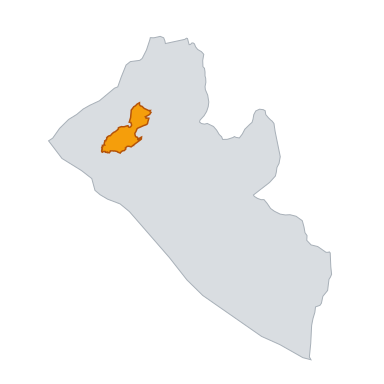 Bopolu, Gbapolu, Liberia shown in context, rotated 7°
{"feature_id": "62588387B82153656109433", "entity_name": "Bopolu", "entity_type": "district", "adm_level": 2, "iso_a3": "LBR", "parent_name": "Liberia", "parent_adm1": "Gbapolu", "projection": "orthographic", "projection_center": [-10.518, 7.211], "detail": "fine", "context": "in_parent", "style": "filled", "palette": "amber", "viewbox_px": 384, "rotation_deg": 7, "n_neighbors": 0, "source": "geoboundaries", "source_scale": "gbopen_adm2", "svg_char_len": 4470}
<svg xmlns="http://www.w3.org/2000/svg" viewBox="0 0 384 384"><g transform="rotate(7 192 192)"><path d="M43.4,158.7L47.2,155.5L52.8,145.0L60.7,135.0L68.1,129.1L73.9,122.9L80.1,118.3L88.9,112.8L102.4,98.4L105.5,96.7L107.7,86.7L111.1,74.0L114.9,70.1L124.1,67.7L126.3,65.5L129.5,56.6L131.6,46.1L131.8,43.9L135.4,43.6L141.5,41.4L145.1,42.4L146.7,45.4L147.5,47.9L166.2,41.4L167.8,40.0L168.8,40.2L171.2,46.1L172.5,45.7L173.7,44.1L174.9,43.9L176.4,44.7L177.8,47.4L180.2,49.8L184.3,51.6L186.9,53.9L186.6,60.2L187.6,66.3L189.3,67.7L190.3,71.3L190.8,75.3L191.7,77.4L192.4,81.4L192.1,85.8L192.8,88.8L195.8,94.0L197.7,100.6L197.7,105.3L196.7,110.3L194.7,114.8L191.2,119.7L190.9,121.6L193.0,122.9L196.2,123.1L198.8,122.1L205.4,124.4L208.9,127.6L212.0,131.6L214.7,133.6L216.0,136.1L220.7,135.4L226.1,132.9L227.3,131.8L228.9,132.4L232.4,132.6L234.9,128.3L236.8,123.2L241.1,117.8L243.1,115.6L243.7,112.2L243.9,107.7L245.4,103.8L248.9,101.6L252.7,101.6L254.7,102.4L255.8,106.2L258.8,109.0L261.4,111.0L262.8,111.8L265.0,114.0L267.1,121.7L275.3,146.2L274.9,153.0L273.3,157.4L273.3,161.8L272.8,166.0L267.8,173.1L253.3,187.5L254.4,188.8L257.9,190.4L261.5,191.2L264.4,190.8L268.1,194.3L272.0,198.8L276.2,201.1L282.2,203.2L287.5,203.4L292.0,202.6L298.3,203.4L305.0,207.1L307.5,213.3L309.1,218.6L311.5,221.3L311.8,226.0L316.6,230.0L323.4,230.8L332.3,235.5L334.5,235.3L335.5,234.7L336.6,235.6L338.9,249.4L340.6,256.7L339.7,259.7L338.6,262.0L338.6,273.2L334.6,279.6L334.0,286.6L332.8,288.9L328.6,291.0L328.6,296.4L327.5,302.9L327.0,309.8L328.3,327.9L328.6,341.4L330.5,344.0L322.2,342.9L297.6,332.7L278.7,326.9L215.3,293.4L197.7,279.9L177.4,259.7L132.3,219.1L122.1,212.6L109.1,209.4L101.1,205.9L95.5,202.2L90.9,190.9L79.7,184.2L58.9,174.6L43.4,158.7Z" fill="#d9dde1" stroke="#a8b0b8" stroke-width="1"/><path d="M129.0,109.8L128.0,110.5L126.7,111.5L125.4,113.3L123.8,114.5L122.7,116.5L121.7,118.1L121.7,118.5L121.8,118.9L122.0,125.7L121.2,130.3L121.4,130.3L122.8,130.5L123.1,131.1L123.6,131.9L123.9,133.3L123.3,134.5L122.4,135.4L122.0,135.4L121.2,135.3L120.4,134.0L119.6,134.2L116.7,135.5L115.1,135.7L114.0,135.7L111.8,136.8L111.1,137.3L111.1,137.8L111.1,138.6L110.1,139.8L109.8,140.1L108.3,141.6L106.9,142.4L105.4,144.1L104.8,145.0L104.7,145.2L104.1,146.1L103.1,146.2L102.9,146.3L101.7,147.2L101.3,147.5L101.4,148.0L100.7,148.6L100.9,149.6L100.9,149.8L100.2,150.9L100.2,151.6L99.1,151.9L99.2,152.6L99.2,152.9L99.2,153.0L99.0,153.8L99.0,154.7L99.0,155.2L99.1,155.3L99.6,156.0L98.8,156.1L98.3,156.3L97.5,156.6L97.8,156.9L97.7,157.1L97.7,157.4L97.7,157.5L97.8,157.6L97.5,157.8L97.4,157.9L97.5,158.1L97.6,158.3L97.4,158.4L97.0,158.7L97.2,159.0L97.3,159.2L97.4,159.5L97.6,159.8L97.8,160.4L97.7,160.5L97.3,160.6L97.5,161.1L97.6,161.4L97.6,161.5L97.3,161.8L97.3,162.2L97.3,162.3L97.4,162.5L97.4,162.8L97.8,163.3L98.4,163.4L98.7,162.8L99.7,162.5L99.8,162.5L100.0,162.4L100.3,162.4L100.8,162.7L101.0,162.9L101.3,162.6L101.4,162.8L101.7,163.1L102.1,163.1L102.3,163.1L102.5,163.1L102.8,162.9L103.0,162.8L103.1,163.2L103.4,163.3L103.7,163.3L103.8,163.3L104.0,163.1L104.3,163.0L104.7,163.0L104.9,163.0L105.0,163.1L105.1,162.9L105.4,162.7L105.5,162.6L105.6,162.2L105.8,162.0L106.0,161.6L106.0,161.1L106.9,161.0L108.5,160.8L108.8,160.9L109.2,160.9L109.8,160.8L110.1,160.7L110.5,160.7L113.0,161.0L113.5,161.5L114.0,161.6L115.9,162.1L115.9,161.9L116.0,161.8L117.4,160.2L117.9,159.8L118.1,159.6L118.5,159.5L119.8,159.1L120.0,158.8L120.1,158.7L121.1,157.3L120.8,157.0L120.8,156.9L120.5,156.4L120.9,155.9L121.2,155.6L121.3,155.5L121.7,155.1L122.1,154.6L122.7,154.5L123.7,154.3L124.7,154.4L125.2,154.5L126.1,154.6L126.6,154.2L127.6,153.1L128.0,153.0L127.9,152.9L128.2,152.6L130.3,150.5L131.6,149.3L131.8,149.1L132.5,148.4L134.7,146.3L135.3,145.6L135.2,144.0L135.2,143.6L134.0,144.4L134.0,145.0L133.6,145.3L133.3,145.1L132.9,145.2L133.0,145.7L132.9,147.0L132.0,146.7L131.7,146.4L131.6,145.0L130.9,144.3L130.6,144.1L130.1,144.3L129.3,143.8L128.9,143.1L128.6,142.5L128.4,141.9L128.1,140.8L128.9,139.0L128.9,138.9L129.3,137.8L129.4,137.5L129.4,137.1L129.5,136.4L130.7,135.0L131.7,134.5L133.4,133.5L134.2,133.0L134.4,132.9L135.5,132.2L136.9,131.5L137.2,131.4L138.7,130.5L138.8,130.5L139.5,129.5L139.7,127.2L140.2,124.3L140.2,124.0L139.0,124.1L138.2,124.1L137.8,124.3L137.5,124.4L137.4,123.8L136.5,123.1L137.6,122.3L140.5,120.2L141.6,117.9L140.6,117.4L140.2,116.8L140.6,116.2L138.9,116.4L137.0,115.7L134.4,114.9L132.0,113.1L130.3,112.8L129.3,111.9L129.0,109.8Z" fill="#f59e0b" stroke="#b45309" stroke-width="1.5"/></g></svg>